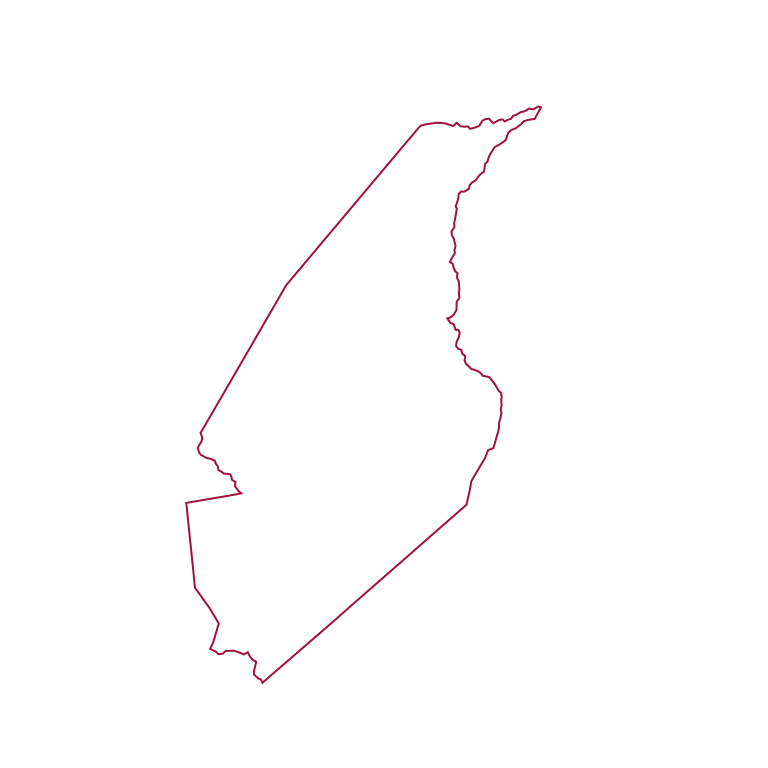 the district of Buíque, Pernambuco, Brazil, rotated 215°
{"feature_id": "56859067B27287722932240", "entity_name": "Buíque", "entity_type": "district", "adm_level": 2, "iso_a3": "BRA", "parent_name": "Brazil", "parent_adm1": "Pernambuco", "projection": "equal_earth", "projection_center": [-37.124, -8.688], "detail": "fine", "context": "isolated", "style": "outline", "palette": "rose", "viewbox_px": 768, "rotation_deg": 215, "n_neighbors": 0, "source": "geoboundaries", "source_scale": "gbopen_adm2", "svg_char_len": 2485}
<svg xmlns="http://www.w3.org/2000/svg" viewBox="0 0 768 768"><g transform="rotate(215 384 384)"><path d="M501.9,617.0L502.6,613.9L510.4,526.2L520.8,408.8L511.0,295.7L507.1,249.7L506.2,238.7L502.0,235.7L500.6,232.5L500.4,228.6L500.0,224.9L496.1,221.8L493.4,220.9L490.9,221.3L487.0,221.6L484.2,222.8L481.3,223.6L478.2,224.0L476.2,222.3L473.1,221.3L470.3,218.6L466.9,218.9L463.8,218.8L461.0,220.4L458.1,221.8L455.8,220.6L453.8,218.4L449.5,218.5L447.5,214.9L444.9,213.9L441.5,212.9L438.2,212.5L449.3,201.3L477.8,173.2L429.7,117.7L422.1,108.8L397.9,100.2L381.9,93.0L375.7,74.2L374.5,67.3L368.4,68.3L364.6,67.8L361.4,70.6L360.6,74.6L357.7,76.6L353.9,79.5L348.3,81.1L343.7,82.1L341.7,86.1L336.8,83.6L333.0,82.8L329.4,83.2L326.0,74.6L324.0,71.6L321.6,71.1L318.0,70.7L315.1,71.3L312.2,69.6L290.8,154.5L285.4,176.5L283.1,186.4L266.9,252.0L258.5,286.5L247.2,332.4L253.5,347.7L256.7,354.4L257.1,359.3L258.5,376.7L258.8,381.3L260.8,389.5L257.7,394.2L259.5,400.0L261.0,403.8L263.4,411.3L265.3,415.0L267.5,418.3L268.9,422.6L271.3,427.7L273.9,430.3L275.1,433.4L278.2,437.3L280.5,441.2L283.0,443.9L285.7,444.1L294.0,447.8L302.0,450.0L307.6,447.4L311.9,448.5L315.0,448.3L318.4,447.4L321.0,446.3L324.5,447.1L328.5,447.6L331.5,449.5L333.5,453.4L337.4,453.7L340.2,456.3L343.1,455.3L346.8,456.5L348.8,460.5L349.4,464.9L351.2,469.1L353.9,471.0L356.5,469.5L361.1,472.9L364.8,472.1L369.8,474.2L367.9,476.4L366.6,480.8L367.2,486.5L369.8,490.2L371.7,493.3L371.5,497.5L374.6,501.2L376.6,504.8L378.9,507.7L382.1,511.3L385.6,513.2L387.2,516.9L390.4,517.2L393.3,519.0L396.9,521.9L400.1,521.8L400.7,527.2L401.0,532.0L403.1,534.0L404.4,537.9L407.4,540.6L409.9,542.9L413.7,544.8L416.2,547.6L416.2,552.6L418.9,556.1L420.1,559.1L422.4,564.1L424.8,569.3L427.1,570.6L428.8,576.3L430.0,579.2L431.9,582.8L431.1,586.1L428.8,587.4L426.4,592.3L427.8,595.9L427.4,599.7L425.7,603.2L425.7,607.1L425.5,610.4L423.9,615.2L425.2,618.0L427.5,622.4L426.8,625.6L428.1,629.2L428.8,633.2L429.3,641.3L426.8,646.4L424.2,653.3L426.3,661.2L425.4,665.1L422.7,669.2L420.9,674.8L420.1,679.6L417.0,683.5L412.6,687.5L414.1,700.7L416.8,699.9L419.1,694.7L423.1,692.9L425.2,688.0L427.8,685.4L430.2,680.1L432.2,677.6L432.0,674.1L433.8,671.9L435.8,668.3L438.5,668.7L440.7,666.9L444.1,660.4L447.2,660.8L450.2,661.5L453.0,658.9L454.5,656.0L453.9,650.3L457.4,645.1L460.0,642.3L463.1,643.2L465.8,640.7L469.5,639.0L474.3,639.7L475.3,635.1L483.3,632.6L487.8,630.1L490.8,628.1L497.8,621.6L501.9,617.0Z" fill="none" stroke="#9f1239" stroke-width="2"/></g></svg>